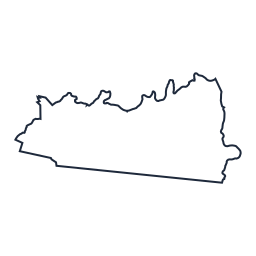 Dubonaire, Dennery, Saint Lucia (Albers equal-area conic projection)
{"feature_id": "8701671B43196595047489", "entity_name": "Dubonaire", "entity_type": "district", "adm_level": 2, "iso_a3": "LCA", "parent_name": "Saint Lucia", "parent_adm1": "Dennery", "projection": "albers", "projection_center": [-60.92, 13.929], "detail": "fine", "context": "isolated", "style": "outline", "palette": "slate", "viewbox_px": 256, "rotation_deg": 0, "n_neighbors": 0, "source": "geoboundaries", "source_scale": "gbopen_adm2", "svg_char_len": 5659}
<svg xmlns="http://www.w3.org/2000/svg" viewBox="0 0 256 256"><path d="M222.0,182.7L222.1,182.4L222.4,181.4L222.6,180.5L223.0,179.6L223.2,179.4L223.3,179.3L224.1,179.1L224.3,179.0L224.4,178.8L224.4,178.6L224.3,178.0L224.3,177.6L224.5,177.3L225.0,176.7L225.2,176.1L225.1,175.7L224.8,175.2L224.4,174.8L224.1,174.6L223.7,174.3L223.2,174.0L222.5,173.3L222.5,173.2L222.4,172.7L222.5,172.5L222.7,171.6L222.9,171.3L223.4,170.8L223.7,170.6L224.0,170.4L224.2,170.1L225.1,167.4L225.3,166.0L225.3,165.8L225.6,165.4L225.9,164.6L226.6,163.0L226.7,162.6L226.7,162.1L226.7,161.5L226.9,161.1L227.0,160.8L227.2,160.5L227.5,160.3L228.1,159.8L228.2,159.7L228.6,159.6L229.3,159.4L229.9,159.4L230.3,159.4L231.2,159.5L231.8,159.4L232.6,159.3L234.8,158.5L235.3,158.4L236.2,158.5L236.7,158.5L237.5,158.2L238.2,157.9L238.5,157.7L239.4,156.8L239.6,156.4L239.8,156.1L240.6,153.7L240.6,152.7L240.6,152.2L240.3,151.0L240.1,150.6L239.8,150.2L238.4,148.5L237.8,148.0L237.3,147.5L236.6,146.7L236.1,146.3L235.9,146.1L235.3,145.9L234.5,145.7L232.6,145.4L231.8,145.4L230.6,145.5L229.7,145.6L227.8,146.1L227.5,146.2L226.1,146.1L225.8,146.0L225.4,145.9L224.8,145.4L224.1,144.6L223.7,143.8L223.5,143.1L223.3,141.8L222.6,139.8L222.5,139.4L222.5,138.4L223.0,137.6L223.5,136.9L223.6,136.6L223.7,135.9L223.6,135.3L223.3,134.7L222.7,133.7L222.2,133.3L221.3,132.8L221.2,132.6L221.0,132.0L220.9,131.4L221.2,130.4L221.4,130.0L221.5,129.7L222.1,128.9L222.2,128.6L222.4,127.9L222.5,126.5L222.7,125.0L222.8,124.1L223.1,122.9L223.8,121.2L224.0,120.6L224.1,120.1L224.2,119.1L224.4,117.2L224.4,116.3L224.5,114.2L224.5,113.4L224.4,112.3L224.2,111.4L223.3,109.5L223.2,109.1L223.3,108.7L223.4,108.2L224.1,107.4L222.2,106.4L221.4,103.8L220.8,100.5L221.0,98.2L221.1,94.3L221.5,91.7L215.4,78.8L214.8,79.4L214.3,79.7L212.3,80.5L210.9,80.8L210.1,80.8L209.2,80.7L208.1,80.3L206.9,79.6L205.5,78.1L203.0,76.4L202.1,75.9L199.6,75.4L198.8,75.2L198.2,74.8L197.4,74.0L196.9,73.6L196.2,73.3L195.6,73.3L195.2,73.4L195.0,73.6L194.8,74.0L194.5,74.2L194.2,75.0L194.1,75.6L194.2,76.3L194.3,76.9L194.3,77.0L194.4,77.3L194.2,78.4L194.5,78.7L194.7,79.1L194.7,79.7L194.6,80.0L194.5,80.6L194.4,80.6L193.9,80.7L193.4,80.5L192.8,80.3L192.6,80.2L192.3,80.2L191.6,80.8L190.7,81.1L190.3,81.3L189.7,82.0L189.3,82.2L189.0,82.3L189.0,82.5L189.1,83.7L189.0,84.0L188.1,85.1L187.0,86.2L186.5,86.5L185.6,86.8L184.2,86.7L182.8,86.7L182.2,86.9L181.3,87.4L180.7,87.9L180.4,88.3L179.8,88.8L178.4,89.9L177.4,90.6L176.6,91.6L176.1,92.0L175.8,92.5L175.3,93.0L174.9,93.3L174.5,93.3L174.1,93.4L173.7,93.1L173.5,92.7L173.4,92.0L173.7,91.2L173.9,89.2L173.8,88.2L174.0,87.8L173.8,86.9L173.7,86.0L173.7,85.2L173.8,84.8L173.8,84.4L173.5,83.7L173.4,83.0L173.1,82.3L173.0,81.7L173.0,80.8L172.9,80.6L172.7,80.4L172.3,80.2L171.1,80.2L170.8,80.1L170.5,80.0L170.2,80.0L169.7,80.4L169.0,81.9L168.9,82.3L168.8,83.1L168.5,83.7L167.7,84.8L167.4,86.4L166.7,87.8L166.4,88.4L166.0,90.9L165.9,91.9L165.9,94.9L165.7,95.8L165.2,97.0L164.4,98.5L163.7,99.3L162.9,99.8L162.2,99.9L161.7,100.0L160.5,100.3L160.1,100.3L159.4,100.5L158.6,101.0L158.4,101.0L157.2,100.9L156.9,100.7L155.9,99.8L155.3,98.8L155.0,98.1L155.1,96.1L155.2,95.6L155.2,94.8L155.1,93.8L154.9,92.9L154.7,92.4L153.7,91.5L153.2,91.4L152.8,91.6L152.7,91.9L152.3,93.6L151.7,94.7L150.7,96.1L149.9,97.0L149.3,97.1L148.1,97.0L147.7,96.9L147.3,96.8L146.4,96.4L146.0,96.1L144.8,95.3L144.1,95.1L143.5,95.1L142.7,95.5L142.4,95.7L142.2,96.4L142.2,97.0L142.3,98.0L142.5,99.2L141.8,101.3L141.5,102.1L140.8,103.6L140.2,104.4L138.7,105.8L137.8,106.4L137.1,107.1L136.5,107.8L136.1,108.1L135.6,108.2L134.3,108.7L132.7,109.1L132.0,109.4L130.7,109.9L129.9,110.2L129.2,110.5L128.5,110.6L128.1,110.7L127.8,110.7L127.4,111.2L127.2,111.4L126.8,110.8L125.6,110.6L123.4,109.9L122.5,109.3L121.0,108.3L118.4,105.8L118.0,105.6L117.3,105.4L115.6,105.1L114.0,104.8L113.0,104.7L111.1,104.7L109.0,103.7L107.8,103.0L106.8,102.9L106.3,103.1L106.2,103.3L105.6,103.4L104.6,103.4L104.0,103.1L103.8,102.6L103.8,101.9L103.9,101.2L104.2,100.8L104.8,100.2L105.6,99.9L106.6,99.4L107.9,98.7L108.9,98.3L109.6,97.4L110.0,96.6L110.3,95.2L110.4,93.5L110.2,92.7L110.0,92.0L109.8,91.5L109.5,91.4L109.3,91.4L109.0,91.4L108.2,92.1L106.3,92.3L105.9,92.2L104.0,91.0L103.4,90.8L102.9,90.7L102.4,90.8L101.9,90.9L101.3,91.2L101.0,91.8L100.8,92.3L100.5,93.9L99.1,95.8L98.9,96.4L98.7,97.1L98.0,98.3L96.6,99.0L96.0,99.4L95.5,99.9L94.8,100.7L94.2,101.1L94.0,101.4L93.4,102.5L92.9,103.0L92.7,103.1L91.5,103.7L90.8,104.4L89.8,105.3L89.3,105.6L88.9,105.6L88.6,105.5L88.3,105.3L88.0,105.0L87.3,104.8L86.9,105.1L87.1,104.3L86.9,104.2L85.3,103.6L85.1,103.6L84.2,103.6L83.9,103.5L83.2,103.3L81.4,102.6L80.7,102.5L79.8,102.8L79.2,102.9L77.8,103.1L77.1,103.0L76.8,102.9L75.8,102.2L75.6,102.2L75.2,101.8L75.0,101.3L75.0,100.1L75.4,99.7L75.8,99.4L76.1,99.4L76.5,99.2L76.7,98.9L76.7,98.0L76.4,97.3L76.0,96.7L74.9,96.5L73.9,96.5L72.8,96.1L72.5,96.1L72.3,96.0L72.2,96.0L71.6,95.6L71.3,95.2L71.2,94.9L71.1,94.0L71.0,93.8L70.3,93.1L69.9,93.0L68.9,92.9L68.1,93.1L67.9,93.3L67.4,94.1L67.0,94.8L66.6,95.0L66.0,95.5L64.0,96.3L63.4,96.7L62.9,97.3L62.2,98.5L61.6,99.3L60.8,100.0L60.3,100.8L59.9,101.1L59.2,101.5L58.0,101.7L57.8,101.9L57.5,102.0L55.8,102.5L52.3,105.1L45.6,97.6L39.4,96.2L39.7,96.9L40.1,97.7L39.2,97.7L38.4,97.5L37.6,97.1L38.1,98.9L39.6,101.2L37.2,102.2L40.3,105.2L40.5,118.9L39.6,118.7L38.6,118.9L37.8,119.0L36.6,119.0L35.6,118.8L33.5,119.9L32.0,122.7L31.3,123.6L28.2,125.0L27.1,125.6L26.6,126.2L26.7,127.0L25.9,128.3L25.7,129.8L24.8,131.4L24.7,132.5L24.4,132.8L22.6,132.7L21.4,133.7L20.4,134.0L19.9,134.3L17.7,136.1L16.0,138.5L15.4,139.7L22.4,142.9L19.8,151.2L50.9,158.0L51.5,159.3L52.8,160.2L56.0,162.3L56.5,165.8L222.0,182.7Z" fill="none" stroke="#1e293b" stroke-width="2"/></svg>